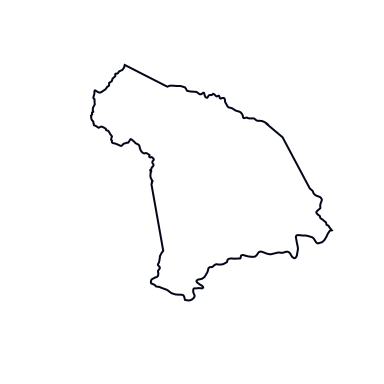 Potrerillos, El Paraíso, Honduras (Robinson projection), rotated 304°
{"feature_id": "27666195B65676299493653", "entity_name": "Potrerillos", "entity_type": "district", "adm_level": 2, "iso_a3": "HND", "parent_name": "Honduras", "parent_adm1": "El Paraíso", "projection": "robinson", "projection_center": [-86.765, 14.057], "detail": "fine", "context": "isolated", "style": "outline", "palette": "ink", "viewbox_px": 384, "rotation_deg": 304, "n_neighbors": 0, "source": "geoboundaries", "source_scale": "gbopen_adm2", "svg_char_len": 6021}
<svg xmlns="http://www.w3.org/2000/svg" viewBox="0 0 384 384"><g transform="rotate(304 192 192)"><path d="M238.4,329.3L239.5,325.8L240.3,324.2L240.3,323.1L240.0,322.2L240.1,321.9L240.6,321.2L241.5,320.3L241.8,319.7L241.9,317.2L242.2,315.9L242.1,314.5L242.1,313.3L242.4,312.6L243.1,312.0L243.6,311.3L243.6,310.8L243.6,309.5L243.8,308.2L244.1,307.2L244.4,306.7L244.9,306.3L246.0,306.3L248.1,306.8L249.9,307.4L250.3,307.4L250.8,307.2L251.7,306.4L252.9,305.6L254.2,305.1L257.5,304.3L258.3,303.9L258.8,303.2L259.2,302.1L259.4,301.0L258.4,296.6L258.5,295.0L258.7,294.1L259.1,293.2L260.3,291.5L260.5,290.6L260.7,288.4L261.0,287.3L288.0,236.5L290.1,216.8L290.4,217.1L290.5,216.8L290.6,214.3L290.4,212.1L290.1,210.9L289.8,210.0L288.8,208.2L287.9,206.9L287.6,206.2L287.4,205.1L287.7,202.8L287.4,201.8L287.1,201.2L286.1,200.0L285.0,198.2L284.5,197.0L284.5,196.2L284.3,195.8L283.6,195.0L282.6,194.2L282.3,193.7L282.2,193.3L282.3,192.8L283.7,191.4L284.5,190.1L285.0,188.8L285.2,187.7L285.1,186.5L284.4,184.3L283.9,182.4L283.8,178.3L283.4,177.0L282.8,175.6L282.7,174.8L282.7,174.0L283.0,173.3L283.8,171.8L285.0,169.4L285.4,168.9L287.0,167.6L287.6,166.7L287.8,166.1L287.6,165.6L287.2,164.9L286.3,164.1L285.6,163.7L285.4,163.3L285.4,162.8L286.8,160.6L286.6,160.1L285.4,159.4L285.0,158.9L285.0,158.0L285.4,156.2L285.3,155.1L285.2,154.6L283.6,154.2L283.1,153.7L282.6,152.7L281.8,152.1L281.2,151.9L278.8,152.0L278.6,151.8L278.3,151.3L278.2,150.5L278.3,149.9L279.4,148.2L280.8,146.8L280.9,146.3L280.7,146.0L280.4,145.8L279.1,145.3L278.2,144.9L277.5,144.1L277.3,142.9L277.5,141.0L277.4,139.6L274.4,134.4L273.2,131.6L273.3,130.9L274.2,129.3L274.8,127.7L274.6,126.9L273.6,123.6L272.9,122.4L271.3,120.0L269.4,116.6L268.0,114.5L267.6,114.1L265.5,112.6L259.7,65.2L258.7,65.5L257.3,66.1L254.2,66.0L251.4,64.2L250.5,64.1L249.5,64.2L248.7,64.0L248.3,63.7L247.7,62.8L246.9,62.4L246.5,62.6L245.8,63.2L245.1,63.6L242.2,62.9L241.3,62.8L239.1,63.5L237.4,62.9L236.3,62.3L235.5,62.6L234.3,63.5L233.7,63.7L233.0,63.6L232.4,63.1L232.0,62.9L229.4,62.9L228.6,62.8L224.4,61.1L223.1,60.3L222.6,59.5L222.2,58.1L222.2,55.7L222.1,55.1L221.9,54.7L221.4,54.7L220.4,55.0L219.7,55.7L218.9,56.1L215.1,57.4L214.5,58.2L214.4,58.6L214.5,58.8L214.5,59.0L214.2,59.5L213.2,60.1L210.2,62.4L207.3,62.7L205.8,63.1L204.3,64.0L203.3,65.3L203.0,65.2L202.6,64.8L202.0,64.7L201.6,64.9L200.6,65.8L198.7,65.6L198.2,66.4L197.5,66.6L196.5,67.5L195.6,68.9L195.4,70.2L195.0,70.9L194.6,71.4L194.1,71.6L193.8,72.2L192.6,73.2L193.0,75.9L193.0,78.4L193.2,78.8L193.7,79.1L195.3,80.0L195.6,80.5L195.9,81.2L196.2,83.7L196.2,84.8L196.0,85.6L195.4,86.0L195.3,86.4L195.5,87.2L195.8,87.9L195.8,88.4L195.3,90.0L194.4,91.5L193.4,94.5L193.1,94.7L192.3,94.8L191.6,95.0L190.1,95.7L189.9,96.3L189.9,96.8L188.8,97.5L188.4,97.9L188.3,98.4L188.3,98.9L189.2,101.2L189.9,104.2L190.2,106.5L190.4,107.1L190.7,107.6L191.7,108.0L193.3,108.2L193.7,108.3L195.5,109.8L196.3,110.2L196.8,111.1L197.4,111.6L200.4,111.5L201.3,111.5L201.6,111.7L201.7,112.2L201.7,113.3L201.4,115.7L200.9,118.0L201.3,120.7L201.2,121.7L200.8,122.6L199.3,124.2L198.0,125.9L197.3,127.4L197.0,128.8L197.0,129.7L197.2,130.5L197.6,131.2L198.5,132.0L198.8,132.8L198.9,133.6L198.9,135.0L198.8,136.2L197.3,136.8L197.2,136.9L197.2,137.5L197.4,138.1L197.8,138.6L198.3,139.0L198.4,139.5L198.4,140.1L198.2,140.9L197.8,142.0L197.2,142.3L195.3,142.1L194.6,142.4L194.2,142.7L193.8,143.2L193.6,143.7L193.5,144.3L193.3,144.6L192.9,145.0L192.5,145.2L191.4,145.3L189.8,144.9L188.8,145.3L187.8,145.5L187.5,145.4L187.1,145.1L186.7,145.1L186.5,145.3L186.3,145.7L186.3,146.0L186.6,146.3L186.5,146.6L185.7,146.8L184.6,146.9L184.0,147.5L182.7,148.1L181.8,148.7L181.0,149.5L180.1,150.9L179.4,152.1L179.2,152.9L179.0,153.2L178.8,153.3L178.5,153.0L178.2,152.9L177.2,153.7L176.4,153.9L175.9,153.9L127.2,201.0L124.2,200.9L120.8,201.3L119.8,202.0L118.2,202.6L117.3,203.2L116.0,203.6L115.0,204.0L113.0,204.2L112.6,204.4L112.4,204.7L112.1,205.5L111.8,206.9L111.5,207.4L111.2,207.7L110.4,208.0L108.1,207.9L107.3,208.1L106.6,208.6L106.1,209.3L104.5,210.3L103.2,210.7L101.7,210.3L100.3,209.1L99.6,208.8L97.6,207.7L96.7,207.5L95.9,207.5L94.1,208.4L93.7,208.8L93.5,209.3L93.4,209.8L93.7,210.2L93.8,211.8L94.1,212.7L94.0,213.6L93.7,214.4L93.6,214.9L93.9,215.7L95.1,218.2L95.4,220.0L96.8,225.6L96.9,227.2L96.7,229.7L96.7,230.6L96.7,231.3L96.9,232.6L97.9,235.7L99.5,238.5L100.6,240.1L101.5,242.0L101.4,242.9L100.9,244.0L98.8,246.3L98.6,246.7L100.4,250.2L101.3,251.1L102.5,251.9L103.9,252.4L105.1,252.7L106.9,252.5L107.4,252.2L107.9,251.7L109.2,249.6L110.1,248.7L111.5,247.8L112.3,247.5L112.9,247.5L113.5,247.9L114.4,249.3L116.1,251.3L117.8,254.3L118.2,254.6L118.9,254.6L119.2,254.6L119.4,254.4L119.7,253.7L119.9,252.3L119.7,250.9L119.8,247.2L120.2,246.0L120.4,245.7L120.8,245.5L121.6,245.5L122.5,245.8L123.1,246.3L124.5,247.8L125.7,248.8L127.6,249.6L128.6,249.9L129.5,249.9L134.0,249.6L136.2,249.0L137.9,248.3L138.7,248.4L139.5,248.7L139.8,249.0L140.4,249.9L141.3,250.8L144.0,251.5L144.9,252.0L145.6,252.4L146.0,253.0L146.8,254.8L148.6,257.2L149.8,258.3L153.2,260.1L153.7,260.1L155.4,259.5L155.9,259.4L156.7,259.7L157.5,260.2L158.9,261.7L160.3,264.3L161.3,265.6L163.3,268.4L163.9,269.1L164.4,269.2L166.4,268.3L167.1,268.4L167.7,268.8L168.2,269.5L168.5,270.0L168.9,271.4L170.1,274.8L171.9,278.2L172.9,279.5L173.5,280.2L174.2,280.5L175.5,280.9L179.3,281.0L180.1,281.4L180.8,281.9L181.1,282.5L181.6,283.6L182.8,288.7L183.4,290.2L184.1,291.7L184.6,292.3L189.9,297.2L190.6,298.1L191.2,299.5L192.0,300.7L192.8,301.6L195.2,303.5L195.9,304.6L196.2,305.7L196.1,307.1L195.7,308.2L194.6,310.4L194.3,311.1L194.2,312.0L194.2,313.5L194.4,313.9L194.7,314.3L195.2,314.5L195.9,314.7L197.8,314.5L203.6,311.9L204.6,311.3L205.5,310.5L209.1,306.8L212.6,303.4L213.5,303.0L214.5,303.0L215.1,303.5L215.6,304.0L218.0,308.4L219.5,310.6L220.4,312.8L221.6,316.7L221.7,317.9L221.3,319.4L219.7,323.0L219.6,323.5L219.6,324.7L220.1,325.4L223.1,327.9L225.4,328.5L226.0,328.6L227.9,328.6L230.6,328.4L233.4,327.9L236.5,327.9L236.9,328.0L237.4,328.3L238.4,329.3Z" fill="none" stroke="#020617" stroke-width="2"/></g></svg>